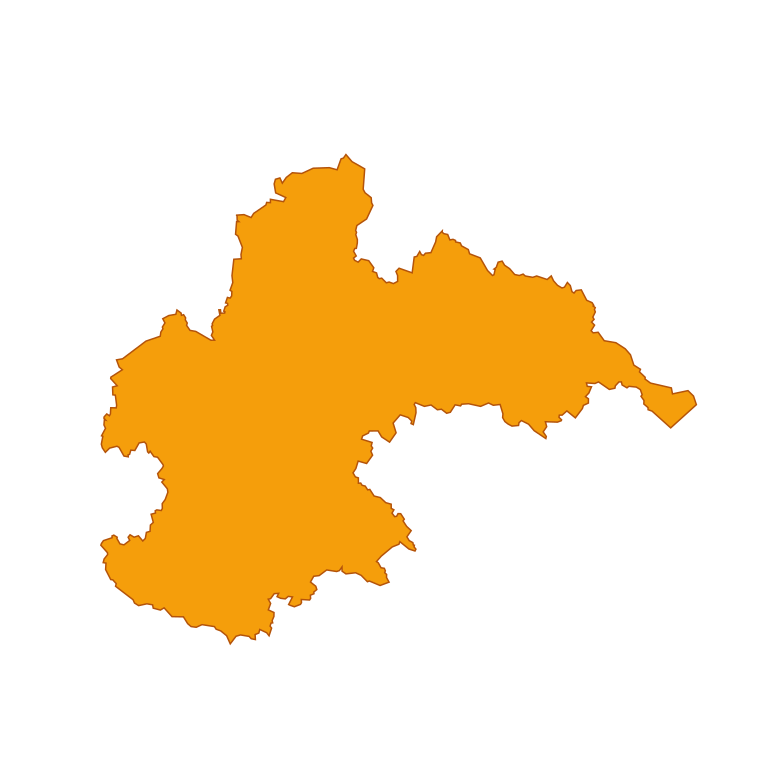 the district of Kells Lea-7, Meath, Ireland, rotated 171°
{"feature_id": "5873133B57214711560854", "entity_name": "Kells Lea-7", "entity_type": "district", "adm_level": 2, "iso_a3": "IRL", "parent_name": "Ireland", "parent_adm1": "Meath", "projection": "mercator", "projection_center": [-6.928, 53.748], "detail": "fine", "context": "isolated", "style": "filled", "palette": "amber", "viewbox_px": 768, "rotation_deg": 171, "n_neighbors": 0, "source": "geoboundaries", "source_scale": "gbopen_adm2", "svg_char_len": 6168}
<svg xmlns="http://www.w3.org/2000/svg" viewBox="0 0 768 768"><g transform="rotate(171 384 384)"><path d="M369.4,599.5L380.8,608.6L385.7,616.6L388.7,613.5L391.2,613.1L396.8,602.9L404.1,606.2L420.2,608.2L432.2,604.8L441.5,607.0L448.2,603.3L453.0,598.3L454.6,603.8L459.2,603.2L461.2,598.8L461.1,589.7L451.8,583.5L454.7,579.8L467.3,584.2L467.8,580.9L471.5,581.7L472.6,579.3L486.0,572.9L489.2,569.2L495.8,573.2L503.8,573.9L502.8,573.6L503.4,568.7L502.0,567.1L504.2,567.4L507.2,555.1L505.1,553.0L502.5,541.1L505.0,534.3L505.3,530.0L512.8,530.7L517.2,514.8L517.5,507.8L521.4,500.7L519.8,499.2L520.7,494.8L522.6,492.9L525.1,494.0L527.8,488.9L525.9,488.1L526.0,486.2L528.8,485.1L530.9,481.0L529.8,480.2L530.3,479.0L534.0,479.4L533.9,482.9L535.5,483.1L535.3,477.5L541.2,474.6L544.3,470.4L544.2,468.5L545.3,468.0L544.9,462.2L546.9,459.0L544.5,453.8L548.1,454.3L561.7,465.4L567.2,467.3L569.8,472.8L568.8,475.0L570.2,478.4L569.6,480.4L571.1,483.8L573.3,483.5L573.3,485.8L576.9,489.5L578.7,485.4L585.8,485.3L592.3,483.1L590.8,478.6L594.0,474.9L593.7,473.1L596.3,470.2L597.5,466.2L612.4,463.6L638.3,449.8L644.4,449.7L642.9,442.1L640.2,439.0L652.7,433.5L653.1,432.1L647.8,424.0L652.6,423.5L653.5,415.7L651.1,415.0L651.4,404.8L652.2,402.3L657.6,403.3L658.9,397.2L660.2,395.6L662.5,397.8L665.5,395.4L666.0,394.1L664.6,391.9L665.8,392.4L667.0,387.4L666.0,383.8L671.1,377.0L669.9,376.3L672.6,368.8L672.2,365.0L669.9,360.1L665.0,363.6L657.5,364.3L655.6,362.9L652.1,353.5L648.0,352.1L647.8,354.1L646.3,354.3L644.4,358.3L640.5,357.3L635.1,364.1L629.7,364.2L628.2,361.9L628.1,354.0L627.1,352.6L625.5,354.2L622.6,348.3L619.1,347.1L614.9,339.0L614.7,337.5L616.5,335.3L621.6,330.9L621.0,326.5L616.0,324.0L618.8,321.9L614.4,314.4L614.4,310.9L618.2,304.1L621.8,300.5L622.4,295.7L623.8,293.9L628.1,295.2L629.8,294.6L629.9,292.3L634.4,291.8L633.5,283.4L636.8,281.2L638.1,275.1L641.9,274.6L643.9,268.8L646.8,266.7L650.3,272.5L654.8,271.8L658.4,274.8L660.7,272.7L659.6,269.3L666.0,265.8L669.8,267.4L672.0,273.2L671.5,274.4L674.5,277.0L676.4,276.5L676.6,274.7L685.6,273.2L688.0,270.7L688.9,269.1L683.5,260.6L683.7,258.7L687.8,255.0L689.3,251.5L686.6,250.6L688.0,244.3L684.5,233.6L682.5,233.0L679.7,228.7L680.8,226.2L665.6,210.2L664.7,206.7L661.0,203.5L652.6,204.0L647.1,202.1L647.0,198.7L640.2,195.7L636.2,197.3L629.8,187.4L618.5,185.4L615.4,178.0L612.5,174.6L607.5,173.1L601.4,174.8L589.4,170.9L588.2,168.1L583.9,165.7L578.8,160.0L576.5,151.4L569.6,158.0L565.0,158.6L556.7,155.8L555.0,153.2L551.0,151.7L550.5,156.7L546.6,157.6L545.1,161.0L538.8,156.7L536.9,153.3L533.2,160.5L534.4,162.7L533.0,165.5L531.3,165.5L531.5,167.8L529.1,171.6L528.4,175.5L533.6,179.0L530.3,185.0L532.0,189.6L529.6,189.7L525.2,194.1L520.8,193.7L522.9,190.7L519.6,188.5L515.1,187.2L511.8,189.2L507.7,188.0L512.7,181.1L511.1,180.0L507.4,178.0L501.0,179.4L499.7,180.9L499.4,184.1L491.3,182.3L490.0,183.7L489.8,186.9L486.0,187.8L485.9,189.5L482.5,191.5L483.0,194.9L487.6,199.9L483.5,205.1L478.0,204.9L469.7,209.3L460.1,206.2L457.2,206.7L454.1,209.9L454.7,205.7L451.3,202.4L441.6,202.0L436.5,198.6L431.3,191.3L429.3,191.7L419.4,185.6L410.0,187.5L411.8,192.5L411.2,195.5L412.8,197.5L411.9,199.3L412.5,201.9L415.7,203.0L417.6,208.3L419.2,209.8L413.8,214.3L401.3,221.8L394.3,223.4L393.0,225.8L385.2,217.1L379.5,214.2L378.3,215.9L379.8,218.4L379.2,220.0L380.2,220.4L380.3,222.8L383.6,225.4L385.3,229.5L380.1,234.9L383.9,239.8L386.6,245.8L385.1,247.3L387.8,253.3L390.4,253.8L392.2,251.4L394.2,251.3L396.3,255.2L393.9,258.2L396.3,260.0L395.7,264.2L400.8,266.5L405.4,272.4L411.3,274.9L414.5,282.1L416.7,282.0L418.5,286.1L421.5,287.4L422.5,289.8L424.8,290.0L424.0,295.3L426.8,296.7L428.5,301.1L425.0,304.9L421.6,311.9L413.6,308.2L406.4,315.5L407.5,319.7L405.2,322.5L406.3,324.8L404.9,328.1L414.8,333.0L413.2,336.1L407.0,338.0L405.9,339.9L397.2,338.6L394.6,332.1L387.6,325.7L379.7,333.9L381.1,344.0L372.8,351.0L365.3,347.1L362.4,343.1L363.5,340.7L361.4,339.3L356.9,350.6L356.3,355.7L357.4,359.0L356.0,360.7L347.6,355.6L340.8,355.9L335.3,350.2L331.2,350.1L326.7,345.3L322.9,345.7L317.0,352.3L311.8,350.4L310.4,351.9L303.6,351.3L292.1,346.8L283.7,348.9L279.4,345.9L272.5,345.6L271.2,335.9L272.1,332.3L270.5,328.0L267.8,325.1L264.2,322.4L257.6,322.0L256.7,324.7L254.0,326.4L247.5,321.7L243.0,314.4L232.7,304.8L231.9,306.8L234.3,311.8L230.0,316.4L230.5,321.5L218.6,319.2L214.7,320.0L214.2,320.8L216.4,323.8L215.7,325.8L212.9,325.4L207.6,328.8L200.3,320.6L191.9,328.7L190.4,331.7L185.1,333.2L184.4,337.4L187.0,340.0L183.1,343.0L179.5,348.8L183.6,349.9L183.9,353.4L175.6,351.5L171.8,352.5L162.3,343.4L156.6,343.7L155.8,346.0L151.6,349.3L149.2,348.9L149.0,345.8L144.6,342.2L142.5,343.4L135.3,341.5L131.7,338.4L130.7,333.0L132.1,331.7L129.8,327.0L130.5,323.6L126.9,319.4L127.2,317.3L123.5,315.3L107.7,295.8L78.7,314.7L80.2,323.7L84.8,329.9L100.6,329.1L100.8,335.2L120.6,343.2L125.4,348.0L125.0,349.8L129.8,356.0L128.4,358.4L134.3,363.6L136.0,374.3L140.2,381.0L148.5,388.5L159.7,392.3L164.4,401.6L169.4,401.8L171.1,404.2L166.8,409.2L169.3,412.7L166.4,415.0L167.3,417.4L164.0,422.1L164.5,424.6L163.4,426.4L165.2,428.3L164.5,428.8L165.7,431.7L170.7,435.0L174.4,446.1L179.6,446.3L182.1,444.1L183.9,445.8L184.6,452.1L187.0,455.6L190.6,451.4L193.2,451.0L197.2,454.3L200.4,459.4L201.9,464.6L206.5,461.7L216.3,466.8L220.4,466.1L227.6,468.6L229.4,470.8L233.4,470.0L237.8,471.7L241.9,478.3L246.3,482.4L248.1,486.9L252.2,486.5L254.9,481.6L257.4,480.3L256.3,479.7L258.3,474.7L259.9,474.2L264.0,479.9L269.2,493.5L279.1,499.2L279.7,503.6L285.8,508.3L286.6,511.4L291.0,513.1L290.9,514.6L293.2,516.1L296.4,516.0L297.7,521.7L301.3,523.1L302.8,524.8L302.5,526.1L309.0,521.2L310.8,516.2L317.1,506.4L322.6,506.7L324.8,504.8L326.8,505.9L328.0,509.3L331.6,504.9L334.3,504.7L338.8,489.4L351.0,496.0L354.6,493.3L353.6,489.0L354.5,483.2L359.0,481.7L363.0,483.9L365.9,483.6L369.7,488.9L372.2,488.8L373.5,490.2L374.0,494.9L377.7,497.0L375.9,500.4L379.8,508.2L386.9,511.1L390.5,508.4L393.7,510.8L394.4,513.1L391.4,514.8L393.3,519.9L391.7,522.4L390.1,522.3L388.3,527.4L387.7,530.8L388.5,536.0L387.4,538.1L388.0,540.0L386.0,544.8L375.4,549.7L367.0,562.1L367.9,564.8L367.5,570.0L372.8,575.8L374.1,579.6L369.4,599.5Z" fill="#f59e0b" stroke="#b45309" stroke-width="1.5"/></g></svg>